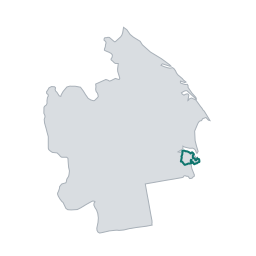 Komo-Mondah, Estuaire, Gabon (highlighted), rotated 170°
{"feature_id": "22940354B10433800471916", "entity_name": "Komo-Mondah", "entity_type": "district", "adm_level": 2, "iso_a3": "GAB", "parent_name": "Gabon", "parent_adm1": "Estuaire", "projection": "robinson", "projection_center": [9.643, 0.423], "detail": "fine", "context": "in_parent", "style": "outline", "palette": "teal", "viewbox_px": 256, "rotation_deg": 170, "n_neighbors": 0, "source": "geoboundaries", "source_scale": "gbopen_adm2", "svg_char_len": 4764}
<svg xmlns="http://www.w3.org/2000/svg" viewBox="0 0 256 256"><g transform="rotate(170 128 128)"><path d="M176.3,32.6L176.1,34.8L173.9,40.3L172.8,44.6L172.6,49.1L173.2,52.7L174.3,55.3L175.0,58.1L174.4,60.1L173.3,61.0L174.1,61.9L175.7,62.2L178.5,61.3L182.8,59.8L188.4,57.6L192.1,56.5L198.2,57.2L201.5,58.0L203.1,59.6L204.9,66.0L205.8,67.0L207.3,69.8L208.5,73.1L208.8,74.8L208.7,76.0L207.4,77.8L206.0,80.4L205.6,82.0L204.4,83.2L202.9,84.4L198.8,84.8L198.2,85.5L197.1,88.3L194.9,90.7L194.0,92.9L193.1,95.9L193.3,99.6L192.8,105.0L192.4,108.6L193.5,109.9L198.3,110.7L199.3,111.5L200.6,113.7L202.2,115.8L206.7,117.1L208.4,118.7L209.8,120.5L210.0,121.9L209.0,127.7L208.0,133.3L208.4,137.5L208.7,141.6L209.3,147.5L209.0,151.1L207.8,153.3L207.7,155.0L208.3,157.1L207.2,162.8L206.5,163.8L204.5,164.8L203.4,166.4L203.1,168.8L202.0,172.1L200.9,173.3L200.9,174.9L202.0,176.0L202.0,177.7L200.0,179.8L198.8,181.3L196.1,182.1L193.1,181.3L192.4,180.2L193.1,178.4L192.8,176.9L191.8,175.5L190.2,171.6L188.7,170.8L187.9,172.4L185.5,175.3L181.1,179.0L178.1,179.3L172.4,178.2L167.7,176.4L165.5,172.0L164.1,168.4L162.1,164.1L159.8,162.1L157.4,160.9L156.3,160.8L152.9,163.1L151.8,164.1L151.8,166.0L152.1,167.9L152.7,168.8L153.1,169.9L153.1,171.8L152.4,174.2L152.2,176.9L141.4,179.6L139.5,178.6L138.1,177.4L136.5,177.6L131.8,179.0L130.1,178.1L128.4,177.3L127.6,177.9L127.5,179.1L128.3,185.5L128.0,187.9L127.0,191.1L126.4,193.2L129.3,193.8L130.3,194.8L131.4,196.4L132.7,197.9L132.8,198.8L131.3,200.5L130.7,202.6L131.5,204.2L133.4,205.8L136.3,207.6L137.7,208.7L137.5,209.8L136.2,212.0L135.7,213.9L134.8,215.6L135.0,217.1L136.3,218.6L136.1,219.9L135.2,220.9L133.5,220.7L132.0,220.8L130.6,220.4L126.4,215.3L125.5,215.2L119.3,219.1L117.8,220.7L116.6,223.0L114.9,227.9L112.1,225.0L109.7,219.8L106.9,216.5L101.0,211.3L99.4,207.4L92.7,198.9L83.0,190.4L76.0,183.0L74.9,181.4L76.1,181.6L82.9,185.2L83.8,184.8L84.6,184.0L81.7,182.1L78.9,180.6L76.3,179.6L73.6,179.7L72.2,178.1L71.2,175.8L70.7,173.7L69.6,171.6L65.9,167.2L65.0,165.5L62.9,163.2L64.2,162.9L68.1,165.1L68.5,164.2L68.2,163.0L64.2,160.9L62.0,160.7L61.5,159.2L61.8,157.5L58.9,151.2L55.9,146.4L55.5,144.1L63.5,154.5L64.6,154.7L66.0,154.6L69.3,153.4L68.7,152.0L67.2,150.6L65.7,151.2L63.8,151.4L62.8,150.8L62.4,149.7L64.3,144.6L63.5,144.9L62.9,145.8L61.8,146.2L60.2,146.5L56.3,143.8L52.8,136.5L51.9,135.0L50.9,132.5L50.0,131.4L46.0,121.1L47.5,121.8L49.4,124.8L52.9,124.2L54.3,122.5L55.5,122.5L56.7,122.1L58.3,120.5L62.9,113.4L64.1,103.9L63.7,98.3L63.0,92.8L64.5,91.0L65.1,92.2L65.4,94.2L66.1,95.6L67.7,96.9L70.7,97.3L75.4,99.3L77.1,100.6L77.5,98.0L82.9,95.8L81.2,95.0L76.5,95.9L69.9,92.6L67.8,90.4L65.8,86.4L63.7,84.3L63.8,82.4L68.5,80.7L69.7,80.9L70.2,83.0L71.5,83.8L72.0,83.5L72.2,81.8L72.2,77.0L70.8,70.2L71.2,68.9L72.5,68.4L73.6,67.5L74.4,67.4L76.0,67.5L76.8,69.1L77.3,70.0L78.9,70.4L80.2,71.2L81.3,71.0L82.2,70.0L83.6,69.8L87.9,69.8L91.8,69.8L99.5,69.9L107.2,69.9L114.9,69.9L120.7,69.9L120.7,66.0L120.7,60.0L120.6,52.9L120.6,46.1L120.6,39.9L120.5,32.4L120.8,30.3L121.2,29.4L121.1,28.2L127.0,28.1L137.8,28.6L142.6,28.6L143.9,28.7L149.8,28.3L154.6,28.7L156.6,29.3L158.4,29.5L164.2,29.9L171.6,29.5L174.2,29.5L175.6,30.6L176.3,32.6Z" fill="#d9dde1" stroke="#a8b0b8" stroke-width="1"/><path d="M81.6,85.7L80.9,85.6L80.6,85.5L80.3,85.2L80.2,84.8L80.0,84.4L79.8,83.9L79.4,83.4L79.1,82.7L78.9,82.3L78.5,81.9L77.6,81.9L77.2,82.1L76.6,82.2L76.2,82.1L75.8,82.2L75.4,82.4L75.0,82.5L74.3,82.5L73.9,82.3L73.2,82.3L71.7,82.3L71.7,82.6L71.9,83.3L72.0,83.8L71.9,84.9L71.8,85.3L71.5,85.7L71.2,85.6L71.4,85.2L71.5,84.8L71.6,84.3L71.6,83.8L71.5,83.3L71.2,83.2L71.0,83.5L70.7,83.8L70.4,83.7L70.2,83.3L70.1,83.0L69.9,82.7L69.7,82.4L69.7,82.1L69.5,81.8L69.3,81.4L69.1,80.9L68.8,80.8L68.4,81.0L67.7,81.3L67.3,81.4L66.9,81.3L66.5,81.2L66.2,81.3L65.8,81.7L65.1,81.9L64.5,82.1L63.9,82.1L63.6,82.3L63.5,82.6L63.4,83.4L63.4,84.2L63.4,84.7L63.6,85.1L64.0,85.3L64.4,85.5L64.9,85.8L65.0,86.0L65.4,85.4L66.0,84.9L66.3,84.5L66.7,84.3L67.2,84.5L67.3,84.8L67.3,85.4L67.4,85.8L67.5,86.2L67.7,86.5L68.0,86.7L68.4,86.8L68.8,86.8L69.1,87.0L69.3,87.3L69.3,87.6L69.2,88.0L69.1,88.5L69.0,88.9L69.0,89.4L68.8,89.8L68.4,90.2L67.7,90.8L67.9,91.2L68.3,91.9L68.4,92.2L68.9,92.6L69.1,92.9L69.3,92.9L69.5,92.7L69.9,92.5L70.1,92.5L70.5,92.5L70.6,92.4L70.7,92.1L70.9,92.1L71.0,92.3L71.1,92.6L71.3,92.9L72.0,93.4L73.1,94.3L73.8,94.7L74.2,94.9L74.5,94.9L74.9,94.9L75.2,95.0L75.4,95.1L75.7,95.4L76.0,95.6L76.7,96.0L77.2,96.1L77.6,96.1L78.4,96.0L78.5,95.2L78.5,94.8L78.6,94.4L78.7,94.1L78.8,93.8L78.9,93.6L79.0,93.2L79.0,92.9L79.1,92.6L79.3,92.3L79.6,91.8L79.7,91.5L79.9,91.3L80.1,91.0L80.3,90.7L80.3,90.4L80.2,90.2L80.2,89.9L80.2,89.6L80.4,89.0L80.6,88.5L80.8,88.2L80.9,87.8L81.1,87.4L81.3,86.9L81.6,86.3L81.7,86.1L81.7,85.8L81.6,85.7Z" fill="none" stroke="#0f766e" stroke-width="2"/></g></svg>